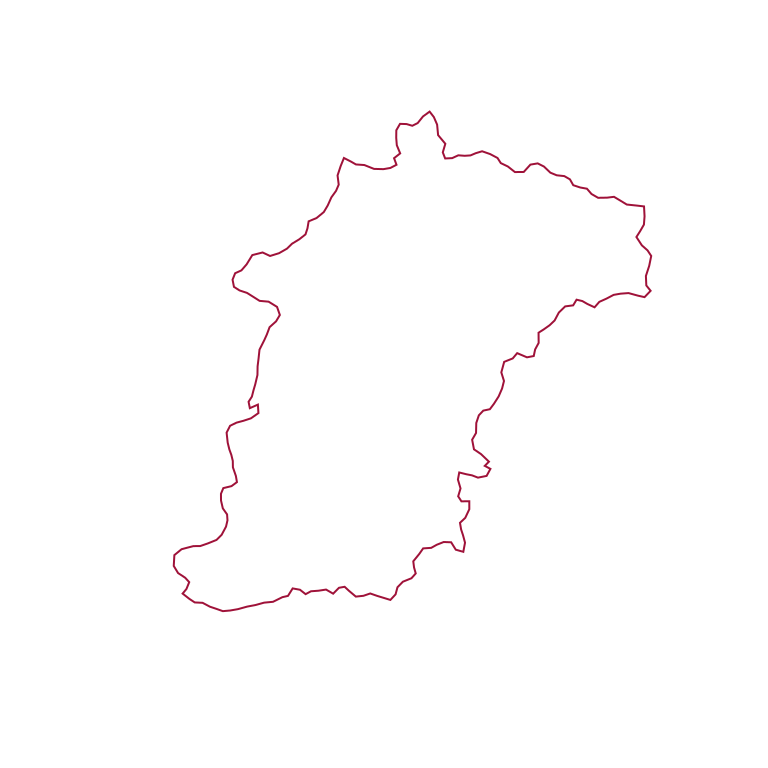 Leandro Ferreira, Minas Gerais, Brazil, rotated 210°
{"feature_id": "56859067B40607892676374", "entity_name": "Leandro Ferreira", "entity_type": "district", "adm_level": 2, "iso_a3": "BRA", "parent_name": "Brazil", "parent_adm1": "Minas Gerais", "projection": "albers", "projection_center": [-45.043, -19.668], "detail": "fine", "context": "isolated", "style": "outline", "palette": "rose", "viewbox_px": 768, "rotation_deg": 210, "n_neighbors": 0, "source": "geoboundaries", "source_scale": "gbopen_adm2", "svg_char_len": 3142}
<svg xmlns="http://www.w3.org/2000/svg" viewBox="0 0 768 768"><g transform="rotate(210 384 384)"><path d="M247.6,667.8L254.1,665.0L263.5,660.8L271.4,661.0L278.4,661.1L284.0,656.9L291.7,652.3L299.3,652.3L305.9,654.6L312.3,652.3L319.5,650.8L325.3,654.2L331.8,654.2L338.8,651.1L345.6,650.2L354.2,652.3L361.2,651.9L366.9,647.2L369.0,637.5L376.6,633.0L385.5,634.3L393.3,633.7L398.7,636.5L407.0,636.2L415.4,634.6L420.0,629.7L423.4,625.2L428.2,622.0L434.0,619.2L437.9,613.7L443.8,609.9L448.9,614.0L451.0,622.7L461.6,626.6L467.7,635.2L474.3,640.1L480.7,642.7L484.0,635.2L485.3,626.8L488.6,621.8L494.4,620.4L500.2,617.3L500.2,609.9L496.5,603.3L492.3,597.2L485.3,591.8L488.2,584.6L482.8,580.1L486.5,574.3L491.9,569.8L500.2,565.3L510.5,563.8L518.1,560.1L523.8,560.1L531.7,559.7L530.5,551.1L528.5,541.4L522.9,534.0L522.1,527.3L522.9,519.3L522.0,510.5L522.1,502.8L525.4,494.0L530.6,487.2L528.1,480.5L526.8,474.3L529.7,467.0L533.8,459.5L535.7,452.7L540.3,444.8L546.7,437.9L554.9,437.2L562.5,429.8L562.8,418.9L564.3,411.1L568.3,405.5L567.3,398.6L562.5,393.1L555.9,392.8L548.2,394.4L540.2,394.1L533.3,393.8L525.1,397.6L515.2,397.3L508.7,391.7L508.8,384.3L511.5,376.0L510.2,368.2L509.6,362.1L509.0,351.5L505.4,343.4L502.3,336.1L498.1,328.5L495.3,319.2L493.9,313.4L492.1,307.0L492.4,300.9L488.1,296.0L482.9,303.1L478.2,296.0L482.1,287.7L487.3,281.9L492.4,276.8L496.4,270.9L496.0,263.2L490.0,255.0L485.2,250.0L480.8,246.3L476.5,241.8L473.2,236.3L466.3,230.3L462.3,225.5L465.0,219.3L471.1,213.5L470.3,207.4L466.9,201.6L461.4,195.7L454.7,192.6L451.4,187.7L449.5,181.5L449.2,172.2L451.1,165.2L456.9,157.8L462.1,151.8L468.0,148.3L472.6,143.8L476.7,139.7L480.0,131.0L475.1,121.3L467.8,117.3L459.3,116.8L453.6,115.0L452.6,107.7L453.6,101.8L445.1,100.6L438.7,100.2L431.7,103.8L423.4,104.1L416.5,105.5L410.0,106.7L404.0,110.9L397.9,116.0L391.2,122.8L384.8,128.3L378.5,134.7L371.2,139.9L365.4,148.6L361.2,152.5L360.9,161.3L353.9,163.8L346.8,162.8L343.6,168.0L337.4,172.2L331.4,177.0L323.2,177.0L321.1,185.0L316.7,188.7L311.0,187.4L302.1,185.8L295.9,190.3L291.2,195.7L283.9,197.1L277.0,198.7L270.5,200.2L268.8,207.6L270.7,214.7L268.8,222.2L263.1,229.5L261.8,235.8L266.3,240.2L270.0,245.1L268.5,254.4L267.9,261.2L261.2,265.7L257.9,271.2L253.3,277.0L246.7,280.5L239.0,276.4L231.4,278.3L234.5,287.1L239.9,292.5L244.5,296.6L248.8,301.8L246.7,308.7L247.5,318.2L251.5,325.1L258.3,321.1L263.6,323.8L265.5,331.8L272.2,338.2L274.6,345.0L267.6,347.0L262.1,348.9L255.8,349.9L249.2,355.7L249.4,363.7L255.8,363.5L254.3,369.2L264.9,371.8L273.4,372.4L279.8,379.8L279.8,387.6L284.6,396.4L286.2,404.3L284.7,410.6L279.7,415.1L278.9,421.8L278.5,430.6L279.5,439.2L281.6,446.6L288.2,452.7L291.0,463.3L285.3,470.5L284.1,477.3L273.5,478.6L268.3,483.1L270.4,489.5L270.6,496.9L275.8,505.7L272.8,511.5L270.0,517.6L268.0,524.3L268.3,533.3L265.9,541.8L259.5,546.7L259.4,553.3L253.7,555.0L247.9,555.0L240.0,555.7L238.6,562.8L234.0,569.2L229.7,576.0L224.3,580.5L217.7,585.0L208.2,587.5L201.8,589.5L199.7,598.0L206.1,600.5L211.2,608.5L213.4,618.9L216.6,628.5L222.6,631.5L230.0,633.0L238.9,637.5L238.6,644.3L238.6,652.0L242.2,659.5L247.6,667.8Z" fill="none" stroke="#9f1239" stroke-width="2"/></g></svg>